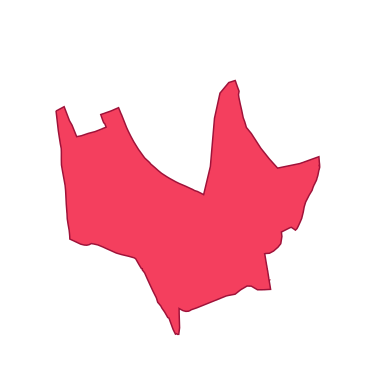 outline of Massade, Gros Islet, Saint Lucia, rotated 338°
{"feature_id": "8701671B41782818655170", "entity_name": "Massade", "entity_type": "district", "adm_level": 2, "iso_a3": "LCA", "parent_name": "Saint Lucia", "parent_adm1": "Gros Islet", "projection": "equal_earth", "projection_center": [-60.949, 14.083], "detail": "fine", "context": "isolated", "style": "filled", "palette": "rose", "viewbox_px": 384, "rotation_deg": 338, "n_neighbors": 0, "source": "geoboundaries", "source_scale": "gbopen_adm2", "svg_char_len": 3001}
<svg xmlns="http://www.w3.org/2000/svg" viewBox="0 0 384 384"><g transform="rotate(338 192 192)"><path d="M273.8,104.8L267.1,104.3L255.0,110.8L240.5,132.0L218.6,175.2L201.8,198.8L199.5,196.1L197.2,193.5L195.0,191.7L193.8,190.2L189.7,185.8L188.3,184.3L186.1,182.1L183.3,179.3L180.7,176.4L176.4,171.1L174.5,168.6L172.4,165.6L170.8,163.3L168.6,159.3L167.0,156.0L165.0,152.1L164.3,150.8L163.7,148.8L160.9,142.8L160.4,140.9L160.0,139.3L158.3,132.3L157.5,127.7L156.8,123.5L156.1,117.1L155.7,112.1L155.5,107.9L155.5,106.8L155.6,93.8L155.5,92.7L155.5,86.3L146.9,86.5L136.4,86.0L136.1,92.0L136.1,94.7L136.7,96.1L136.7,99.7L124.8,99.7L117.7,98.8L110.5,98.4L105.8,97.5L105.8,85.1L105.1,80.1L105.4,65.0L96.9,65.9L96.2,66.3L94.6,72.1L93.0,77.9L91.0,85.1L89.4,91.8L87.9,98.3L87.1,102.4L86.9,103.1L85.8,106.1L83.0,113.0L81.1,118.0L79.7,124.4L78.3,131.2L76.8,138.4L75.4,143.1L73.8,147.8L70.8,156.4L68.4,163.9L68.1,165.0L66.3,170.1L65.0,175.6L63.7,181.7L62.8,184.8L62.0,187.4L61.8,187.9L61.1,189.9L61.6,190.4L69.3,198.7L72.2,200.8L74.5,201.9L76.8,202.3L79.3,202.1L81.3,203.3L84.9,205.8L88.8,209.6L91.7,212.7L94.7,215.8L98.9,220.2L103.2,223.6L109.4,228.0L113.9,231.5L114.8,233.0L115.7,239.7L116.4,244.0L117.2,244.5L116.8,245.7L117.8,249.2L118.0,255.5L118.3,262.1L118.7,269.6L119.3,276.8L118.9,281.4L120.4,286.0L120.6,288.3L121.7,293.2L122.5,299.2L123.4,300.4L123.2,306.1L123.0,312.4L123.4,317.6L124.5,317.6L125.3,318.6L126.4,319.0L127.7,316.7L129.6,313.3L131.3,308.7L134.3,300.6L136.4,295.2L136.6,295.5L139.2,298.6L141.6,300.4L144.1,301.2L145.4,301.2L147.3,300.9L152.9,301.2L166.0,301.2L179.2,301.2L184.7,301.2L186.7,301.5L193.7,302.9L200.5,300.9L207.8,299.8L211.7,301.5L216.1,307.2L221.9,309.5L228.4,311.7L229.6,306.5L229.7,306.0L230.4,302.9L230.9,302.7L230.5,302.4L230.6,301.8L230.7,301.3L230.8,300.8L231.0,300.4L231.1,299.9L231.2,299.4L231.4,298.6L231.5,298.1L231.6,297.7L231.7,297.3L231.8,296.9L231.9,296.4L232.0,296.0L232.1,295.5L232.2,295.1L232.3,294.7L232.4,294.3L232.5,293.9L232.6,293.5L232.7,293.0L232.7,292.6L232.8,292.2L232.9,291.9L233.0,291.5L233.1,291.1L233.2,290.8L233.2,290.3L233.3,289.8L233.4,289.5L233.6,288.8L233.7,288.1L233.8,287.7L233.9,287.1L234.0,286.6L234.2,286.0L234.3,285.5L234.4,284.9L236.0,277.8L236.1,277.4L236.2,276.5L237.2,276.6L240.9,277.8L245.5,277.3L251.0,275.4L254.9,273.2L255.6,272.1L258.7,266.9L259.9,262.6L269.5,261.8L270.9,262.0L272.2,263.9L273.6,266.1L275.6,265.3L277.6,263.6L281.0,260.4L283.8,257.6L287.7,252.2L290.4,247.9L293.6,243.9L299.6,238.7L304.0,235.4L305.9,233.1L306.9,232.1L307.8,231.2L308.8,230.4L310.4,228.9L311.4,228.1L312.3,227.1L313.0,226.1L314.5,224.3L315.1,223.5L317.7,219.5L318.3,218.8L319.6,217.0L319.8,215.4L320.1,215.7L320.7,214.0L321.1,212.5L322.9,206.8L302.6,206.0L280.3,201.9L276.1,190.3L272.2,177.2L268.9,160.0L266.6,152.5L266.8,150.6L266.9,149.9L267.2,146.4L267.3,142.3L268.6,135.3L269.7,128.4L270.9,121.8L271.6,119.1L273.4,116.2L273.5,112.2L273.7,107.3L273.8,106.7L273.8,105.2L273.8,104.8Z" fill="#f43f5e" stroke="#9f1239" stroke-width="1.5"/></g></svg>